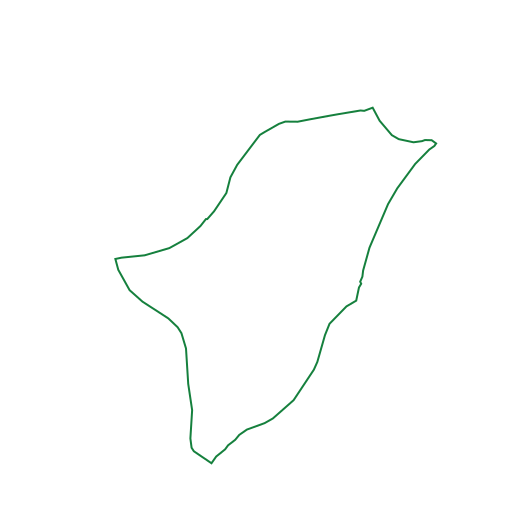 outline of San Juan Atitán, Huehuetenango, Guatemala, rotated 215°
{"feature_id": "79465075B84828217033389", "entity_name": "San Juan Atitán", "entity_type": "district", "adm_level": 2, "iso_a3": "GTM", "parent_name": "Guatemala", "parent_adm1": "Huehuetenango", "projection": "robinson", "projection_center": [-91.627, 15.473], "detail": "fine", "context": "isolated", "style": "outline", "palette": "green", "viewbox_px": 512, "rotation_deg": 215, "n_neighbors": 0, "source": "geoboundaries", "source_scale": "gbopen_adm2", "svg_char_len": 1008}
<svg xmlns="http://www.w3.org/2000/svg" viewBox="0 0 512 512"><g transform="rotate(215 256 256)"><path d="M369.5,172.9L360.9,165.7L339.9,155.5L322.8,153.5L292.0,154.6L279.3,152.7L272.8,150.0L260.3,140.1L238.2,112.4L219.9,93.1L205.1,68.9L198.8,62.0L194.9,60.4L173.6,60.7L173.6,68.9L170.4,79.9L170.3,84.9L167.6,93.5L167.1,99.9L163.9,108.6L153.1,124.0L149.0,132.6L142.5,159.5L143.4,196.1L145.0,204.4L154.1,230.7L156.9,242.7L153.0,266.6L148.3,276.9L153.6,289.3L153.9,293.6L155.9,294.7L157.0,300.1L159.9,305.5L167.8,327.9L177.6,374.3L179.1,392.5L178.4,422.8L175.1,442.7L173.0,448.4L173.0,451.5L178.5,451.6L184.1,447.9L185.9,445.3L192.2,439.5L206.1,433.6L214.0,432.9L232.3,437.7L245.5,444.4L250.6,437.0L253.9,435.1L269.6,419.7L276.0,413.3L290.3,398.8L298.9,389.9L309.1,382.9L313.0,377.4L319.9,362.8L322.3,357.4L323.7,319.9L322.1,305.8L316.4,290.6L316.0,268.6L317.1,258.3L318.2,257.5L318.7,248.7L322.5,231.3L331.5,212.8L347.6,192.7L365.2,177.5L369.5,172.9Z" fill="none" stroke="#15803d" stroke-width="2"/></g></svg>